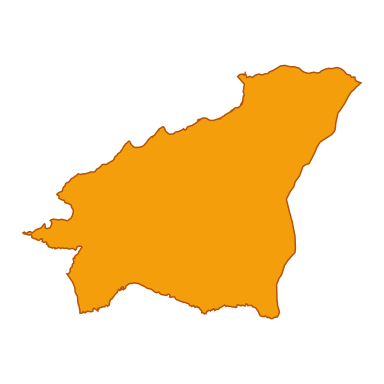 Busega, Simiyu, United Republic of Tanzania
{"feature_id": "72390352B70559618037175", "entity_name": "Busega", "entity_type": "district", "adm_level": 2, "iso_a3": "TZA", "parent_name": "United Republic of Tanzania", "parent_adm1": "Simiyu", "projection": "orthographic", "projection_center": [33.696, -2.377], "detail": "fine", "context": "isolated", "style": "filled", "palette": "amber", "viewbox_px": 384, "rotation_deg": 0, "n_neighbors": 0, "source": "geoboundaries", "source_scale": "gbopen_adm2", "svg_char_len": 5905}
<svg xmlns="http://www.w3.org/2000/svg" viewBox="0 0 384 384"><path d="M237.6,76.5L244.4,84.2L243.2,91.4L244.3,94.8L243.7,96.5L243.3,96.3L242.7,100.5L243.1,100.9L242.5,101.7L242.4,102.8L242.0,102.4L241.4,103.5L241.6,104.2L240.9,104.1L240.6,104.9L241.0,105.4L237.9,107.8L235.9,107.6L234.8,108.2L233.8,109.5L233.4,109.2L232.2,110.7L232.2,110.1L230.8,111.1L230.2,112.0L224.9,115.0L224.1,116.1L222.8,116.3L221.3,117.8L220.0,118.1L220.2,118.9L220.5,119.1L219.0,118.6L213.6,120.4L210.6,120.4L209.4,120.1L207.2,118.6L205.9,118.3L204.3,117.9L202.1,118.3L200.4,119.3L198.9,119.4L197.9,119.9L197.7,120.2L198.1,120.5L199.4,120.3L195.0,123.7L193.2,124.6L192.5,125.4L188.0,126.6L187.3,127.2L186.2,129.2L185.4,129.8L184.6,129.9L183.6,128.7L182.6,129.6L178.6,131.5L175.3,132.2L173.5,133.8L170.0,134.3L168.2,133.5L168.1,134.0L168.1,133.4L165.4,130.9L164.6,128.3L163.3,126.8L162.4,126.8L161.6,127.6L159.2,128.9L158.6,129.6L158.8,130.1L158.3,130.2L154.1,135.7L152.9,136.1L152.7,136.6L152.6,136.3L151.0,137.0L150.2,138.0L149.0,138.9L146.4,142.5L143.8,145.5L141.9,146.5L139.9,147.2L135.6,147.5L133.8,147.1L131.0,144.4L130.2,142.2L129.3,141.1L128.5,141.3L126.6,143.4L125.8,143.7L123.2,147.2L122.5,149.0L121.1,150.6L120.6,151.8L117.8,153.8L116.9,155.2L115.3,156.5L114.7,157.3L114.0,159.2L112.7,160.8L111.0,161.4L109.7,162.4L107.8,163.4L106.6,164.5L104.0,164.3L102.3,164.6L99.4,167.7L96.8,169.1L95.2,171.3L93.7,172.1L90.4,171.9L89.1,172.8L84.8,173.8L82.3,173.9L81.6,174.5L79.5,174.3L78.2,173.8L76.0,176.0L75.0,176.2L73.5,177.8L71.5,178.5L68.6,182.3L66.9,182.5L65.4,184.0L65.1,185.8L63.4,187.3L62.1,191.3L58.9,192.5L57.3,193.7L56.9,194.7L58.9,195.9L59.0,198.3L62.5,200.1L63.9,200.2L65.1,202.7L68.5,203.5L71.4,205.4L71.5,207.5L72.8,208.9L73.4,211.5L72.3,215.8L70.7,218.5L69.3,219.2L68.1,220.6L67.3,220.7L62.3,219.4L60.3,219.5L58.2,220.2L57.1,219.7L53.7,219.1L50.9,219.9L50.3,220.6L51.1,221.1L51.9,223.4L50.9,226.2L49.9,227.8L47.4,228.6L45.5,228.1L45.2,227.6L45.0,224.6L44.5,223.9L43.8,224.3L42.6,226.2L40.7,228.2L38.2,228.8L37.7,229.4L36.7,229.4L35.7,230.0L32.5,232.7L31.8,232.8L30.7,231.8L29.9,231.6L29.1,231.7L26.4,233.3L24.9,232.7L24.4,232.1L23.0,232.8L23.8,233.8L25.5,233.9L25.9,234.2L26.3,234.0L28.0,234.9L29.7,235.0L30.7,234.6L31.6,235.2L31.8,237.0L32.2,237.7L34.5,238.8L36.1,239.0L37.1,239.9L39.1,240.3L41.3,238.9L41.3,238.7L42.1,238.8L42.5,239.3L42.2,241.4L43.5,242.3L45.8,242.0L46.4,242.3L46.8,243.0L46.5,244.1L48.3,245.3L48.1,245.9L48.5,246.8L51.4,247.5L52.5,248.1L52.8,247.7L55.0,247.7L55.0,248.7L55.3,248.8L58.8,247.6L59.7,247.9L60.5,248.6L62.3,247.8L63.9,248.3L67.5,248.2L68.2,248.9L69.4,249.1L72.0,248.4L73.1,248.5L75.5,250.2L76.4,249.2L77.0,246.9L78.7,246.2L80.4,246.2L81.7,246.6L81.8,247.4L78.7,252.0L78.3,253.4L77.6,254.4L76.5,254.8L74.8,256.3L74.7,258.3L73.7,258.0L73.1,258.7L73.7,261.4L73.7,263.1L72.8,263.7L72.2,265.0L72.2,266.5L71.6,267.4L70.7,268.0L70.0,269.5L70.3,271.3L68.6,273.7L66.9,273.9L72.5,281.9L74.4,286.5L75.1,289.2L75.1,291.8L77.5,296.6L77.8,301.5L78.3,304.3L78.8,305.1L79.1,306.5L79.9,310.9L80.0,313.3L82.4,313.0L83.0,311.9L83.3,312.3L84.0,312.1L84.7,312.7L85.3,312.8L85.7,312.1L86.3,312.1L87.6,311.1L89.6,311.7L92.1,311.6L92.9,311.0L93.2,308.6L93.9,308.2L97.9,311.0L98.0,310.1L98.7,309.2L98.1,309.0L97.8,308.4L98.7,307.9L101.5,307.4L103.2,306.7L104.9,306.7L105.4,305.8L105.9,305.4L106.9,305.5L107.6,306.3L108.2,305.5L109.1,305.4L109.5,304.2L109.3,303.0L110.5,299.6L111.9,298.9L114.9,294.8L117.3,292.2L118.4,289.4L119.1,289.6L119.7,290.5L120.8,289.7L121.6,289.7L121.8,288.9L120.7,288.6L121.0,287.9L121.9,287.2L123.0,286.8L123.5,287.8L123.0,289.1L123.5,289.7L125.6,288.1L125.9,286.1L129.2,283.6L132.1,283.4L134.1,282.9L138.5,283.6L145.1,286.8L147.2,288.3L150.3,288.9L152.1,289.8L154.6,291.9L156.3,292.6L157.9,292.5L158.6,292.0L160.5,294.0L162.3,294.7L166.7,295.4L168.2,294.1L169.6,294.6L169.9,295.7L169.7,296.8L170.3,297.4L173.1,296.8L174.8,297.1L175.3,298.4L176.5,299.6L183.3,302.3L185.2,302.5L187.3,303.4L188.5,303.5L189.7,305.6L191.1,305.7L191.5,306.4L193.7,305.5L194.2,306.6L194.8,306.5L195.1,307.3L197.3,306.6L198.1,307.6L199.1,307.6L199.5,308.7L200.8,309.8L200.9,310.2L201.9,311.3L201.7,312.6L203.7,313.2L204.4,313.9L204.8,313.6L206.0,313.7L206.5,312.3L207.3,311.3L208.2,310.9L208.2,310.5L209.4,310.4L210.3,310.9L210.4,310.5L213.2,309.5L213.1,308.8L214.0,308.8L214.6,309.5L214.7,310.4L216.6,309.4L218.3,309.4L219.8,307.6L220.7,307.5L223.2,305.8L224.7,305.1L226.0,306.5L227.7,305.8L228.9,306.4L231.0,306.4L232.1,306.9L235.0,307.1L235.2,307.5L236.5,307.3L237.3,304.9L237.7,304.6L239.3,305.4L241.3,305.8L241.5,305.3L243.3,305.4L245.0,306.0L246.1,303.8L247.1,304.2L247.5,305.6L251.9,305.4L252.3,305.8L252.5,306.8L254.3,307.2L256.1,308.3L257.9,310.9L260.1,315.6L262.7,316.6L263.0,316.4L264.0,316.7L265.6,316.0L267.3,317.6L268.0,317.6L268.0,317.2L268.6,317.2L270.9,318.6L272.6,318.6L274.4,317.3L277.3,317.0L278.5,315.0L279.0,313.2L279.4,312.8L279.2,310.9L277.5,305.4L277.5,303.1L277.0,300.2L276.6,284.4L279.0,278.5L281.2,275.2L282.4,272.4L284.4,265.8L287.3,261.1L295.0,252.4L295.4,248.2L295.0,236.3L292.2,221.7L290.9,217.8L290.7,215.8L289.7,213.0L286.5,199.8L286.6,198.7L290.2,191.5L293.8,186.7L295.2,181.7L299.4,176.1L302.9,166.7L305.1,165.0L309.1,163.5L313.9,154.2L316.9,147.4L319.5,143.0L320.4,141.8L331.5,134.7L334.3,131.5L335.2,129.2L335.8,123.0L337.9,113.2L340.6,109.6L344.9,103.1L348.1,96.9L351.2,91.9L353.9,89.7L356.7,86.6L361.0,82.8L357.4,81.6L355.7,80.6L355.0,78.7L355.0,77.3L353.6,76.8L352.1,77.6L351.2,77.0L350.4,75.3L346.8,74.4L343.8,70.8L341.1,68.9L337.6,67.5L331.1,68.7L328.6,68.3L325.0,69.3L321.4,70.9L319.4,72.7L316.5,73.0L314.1,72.2L308.5,73.4L305.0,72.5L302.5,71.3L299.2,68.2L294.2,66.7L291.4,66.8L287.6,66.2L285.0,65.4L280.6,65.9L273.0,70.5L269.7,71.8L267.8,73.5L264.7,73.9L261.6,75.0L259.2,74.0L255.9,74.9L252.1,77.5L250.0,76.4L246.9,77.5L245.2,73.1L244.8,74.5L243.9,75.1L243.4,74.3L242.5,74.1L239.9,74.5L237.6,76.5Z" fill="#f59e0b" stroke="#b45309" stroke-width="1.5"/></svg>